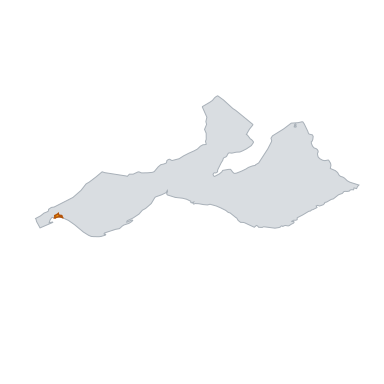 Marracuene, Maputo, Mozambique shown in context, rotated 63°
{"feature_id": "85939544B2591372162698", "entity_name": "Marracuene", "entity_type": "district", "adm_level": 2, "iso_a3": "MOZ", "parent_name": "Mozambique", "parent_adm1": "Maputo", "projection": "equal_earth", "projection_center": [32.747, -25.675], "detail": "fine", "context": "in_parent", "style": "filled", "palette": "amber", "viewbox_px": 384, "rotation_deg": 63, "n_neighbors": 0, "source": "geoboundaries", "source_scale": "gbopen_adm2", "svg_char_len": 4866}
<svg xmlns="http://www.w3.org/2000/svg" viewBox="0 0 384 384"><g transform="rotate(63 192 192)"><path d="M133.2,262.9L135.1,261.0L147.9,243.3L148.7,242.6L147.7,239.7L149.4,236.3L149.6,230.9L150.1,230.0L152.1,228.3L154.8,222.7L156.5,218.4L156.7,216.4L154.2,210.6L153.5,207.4L154.2,204.7L154.5,202.2L154.2,201.3L152.7,200.2L152.4,199.1L152.4,197.8L152.7,197.0L154.6,195.8L155.0,195.2L156.5,188.3L156.0,183.2L156.0,177.3L156.3,171.2L156.2,167.7L155.0,163.7L154.9,160.8L155.7,158.8L155.9,157.6L153.0,157.0L151.5,155.4L146.1,152.7L141.9,152.4L138.4,148.3L135.6,147.7L132.1,144.8L121.0,144.2L120.6,143.9L120.1,135.1L119.7,132.2L118.3,129.0L117.9,126.9L118.0,125.4L124.2,122.2L136.2,117.7L138.9,116.1L159.4,107.1L160.0,107.6L162.1,112.3L165.5,117.5L166.3,116.8L171.3,115.9L172.0,115.3L173.5,114.8L175.2,114.5L175.8,114.8L177.6,118.1L178.3,124.1L178.3,128.2L178.1,131.2L176.6,134.5L175.5,138.8L174.0,141.1L174.0,142.2L175.8,144.8L176.1,145.8L176.0,148.1L176.3,148.9L177.8,150.3L179.0,152.4L183.5,158.5L184.6,159.6L185.5,159.9L185.9,161.1L185.7,162.5L185.0,163.3L185.2,164.5L186.1,165.4L188.1,165.2L188.4,164.8L188.3,159.4L187.6,156.3L186.7,154.8L188.5,149.0L189.4,147.3L192.8,146.7L194.3,146.1L194.9,145.4L195.4,143.6L195.9,138.4L196.0,133.5L195.7,130.6L196.2,126.3L197.0,123.6L196.6,123.0L196.4,119.4L188.0,104.9L183.3,98.4L182.5,97.7L179.9,97.2L178.5,94.8L177.4,81.7L175.7,72.3L178.4,66.0L179.4,62.0L179.9,61.4L182.3,61.1L190.6,61.3L192.6,61.6L193.6,61.3L195.8,58.8L197.5,58.8L199.9,60.4L201.2,61.8L201.4,62.9L203.0,63.6L206.0,63.8L208.2,63.2L209.6,61.8L211.0,61.1L212.5,61.0L213.6,61.4L214.4,62.5L215.8,63.2L218.0,63.7L220.4,63.0L223.0,61.2L224.4,59.4L225.3,56.2L225.7,55.8L229.3,55.5L231.3,56.1L233.8,58.1L238.0,54.6L240.8,53.4L243.3,53.4L245.5,52.6L247.1,50.9L248.9,49.8L252.4,48.6L254.9,46.9L261.6,40.1L262.3,42.1L263.7,43.8L261.9,45.8L263.4,47.0L262.3,48.9L262.1,50.2L262.6,51.5L261.9,53.6L260.9,55.3L260.6,56.5L261.5,58.7L261.0,62.7L262.3,69.2L261.8,71.4L262.1,76.6L261.6,78.4L262.4,79.1L262.9,81.1L262.4,84.7L260.9,86.2L260.8,87.7L262.6,87.7L262.6,92.2L262.3,93.5L262.7,95.1L262.2,96.7L262.7,103.9L262.7,109.1L262.8,110.0L264.4,110.9L264.3,112.3L263.3,114.2L263.4,116.9L264.5,114.7L265.2,114.7L265.8,115.6L265.8,118.8L266.1,120.3L265.9,121.7L264.0,124.3L263.9,126.8L263.2,127.1L262.8,127.8L263.3,129.2L263.2,130.5L261.9,134.5L255.5,143.9L255.4,145.6L253.7,148.6L252.0,149.0L251.0,149.8L251.7,152.5L243.3,159.1L242.4,160.1L241.1,162.5L238.3,163.8L235.3,164.0L234.8,164.5L228.0,167.5L226.6,169.0L223.7,170.3L219.1,173.7L215.4,176.8L211.1,181.5L210.6,184.0L208.5,187.4L205.5,191.3L203.7,194.5L203.6,195.9L202.5,196.4L201.7,195.0L201.3,197.6L200.5,197.8L199.7,197.3L196.0,200.1L193.2,203.3L189.2,209.4L183.4,215.3L182.1,215.4L180.3,213.4L179.3,213.2L180.8,215.4L180.7,220.4L179.9,226.2L180.0,227.5L183.8,233.6L185.6,240.8L185.7,244.5L187.6,249.2L188.4,256.2L188.2,262.8L189.1,263.9L189.4,262.9L189.6,258.8L190.1,257.7L190.6,257.8L191.1,260.1L191.3,262.5L190.5,267.6L190.7,269.7L191.7,273.2L190.5,277.3L188.8,288.4L189.1,289.2L190.0,289.4L190.3,288.2L190.8,288.2L191.1,288.9L190.3,293.3L189.6,295.2L187.1,299.9L185.8,302.0L183.5,303.9L178.3,307.0L167.8,311.5L161.2,315.0L156.0,319.2L153.7,321.9L152.8,325.1L151.0,328.4L152.5,331.2L154.5,333.2L155.4,329.9L155.9,329.9L155.0,343.7L147.8,343.9L145.7,343.4L144.6,343.5L144.5,337.7L143.6,333.4L143.9,330.4L143.8,328.7L142.3,327.6L141.9,324.3L142.8,321.7L142.8,300.5L140.2,290.2L136.7,282.7L136.5,279.0L135.0,270.7L133.2,262.9ZM180.3,71.4L181.1,70.8L181.3,69.7L180.7,69.2L180.2,69.3L179.9,71.1L180.3,71.4ZM179.7,69.4L179.0,68.6L178.4,68.8L178.3,69.5L178.8,70.4L179.4,70.4L179.7,69.4Z" fill="#d9dde1" stroke="#a8b0b8" stroke-width="1"/><path d="M150.7,325.0L151.7,325.4L152.4,325.7L152.4,325.4L152.5,325.3L152.5,325.2L152.7,324.9L152.8,324.9L152.9,325.0L152.9,325.3L152.9,325.5L153.0,325.6L153.0,325.8L153.0,326.0L153.1,325.9L153.0,325.7L153.0,325.4L153.0,325.2L152.9,325.2L152.9,324.9L152.9,324.7L153.0,324.4L153.0,324.1L153.0,323.8L153.1,323.7L153.2,323.4L153.3,323.0L153.4,322.7L153.5,322.3L153.6,322.2L153.7,321.9L153.8,321.7L153.9,321.4L154.0,321.3L154.0,321.2L154.2,320.9L154.3,320.8L154.4,320.7L154.5,320.6L154.6,320.4L154.8,320.2L155.0,320.0L155.1,319.9L155.3,319.7L155.5,319.5L155.6,319.4L155.8,319.2L156.0,319.1L156.1,318.9L153.9,318.9L153.9,319.0L153.7,319.1L153.8,319.1L153.7,319.2L153.7,319.3L153.6,319.5L153.4,319.5L153.4,319.4L153.3,319.5L153.3,319.8L153.2,319.8L153.1,320.0L153.1,320.3L152.9,320.4L152.8,320.5L152.7,320.5L152.6,320.8L152.6,321.0L152.2,321.1L150.8,321.0L150.7,321.0L150.4,320.9L150.8,322.3L150.6,323.0L150.6,323.3L150.7,323.6L150.8,323.8L150.9,324.1L150.9,324.4L150.8,324.5L150.7,324.6L150.7,325.0ZM152.7,325.8L152.8,325.7L152.7,325.6L152.8,325.5L152.8,325.4L152.8,325.2L152.7,325.2L152.6,325.3L152.6,325.5L152.6,325.8L152.7,325.8Z" fill="#f59e0b" stroke="#b45309" stroke-width="1.5"/></g></svg>